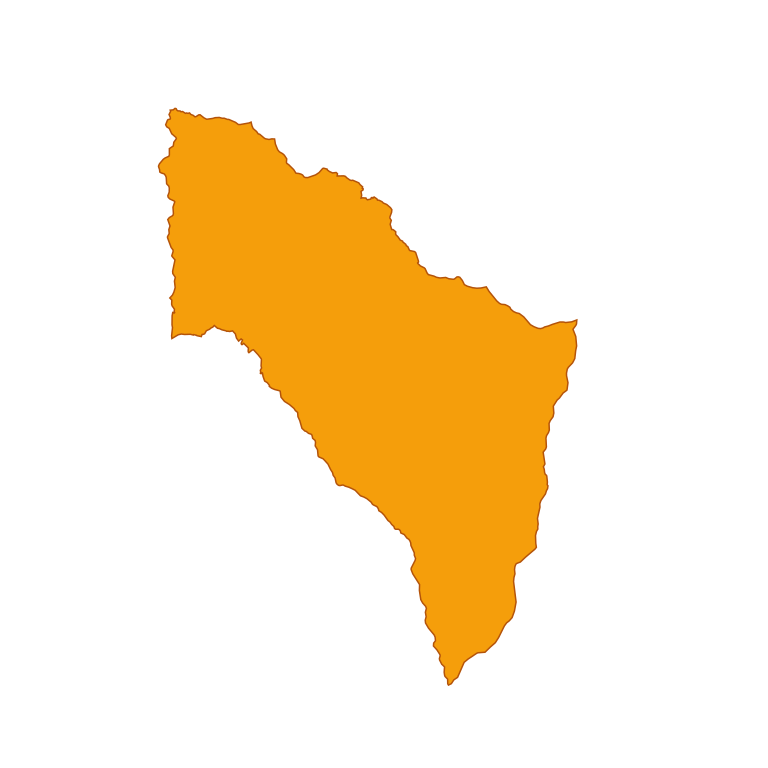 Hodac, Mures, Romania (orthographic projection), rotated 80°
{"feature_id": "2599482B70822434260809", "entity_name": "Hodac", "entity_type": "district", "adm_level": 2, "iso_a3": "ROU", "parent_name": "Romania", "parent_adm1": "Mures", "projection": "orthographic", "projection_center": [24.985, 46.821], "detail": "fine", "context": "isolated", "style": "filled", "palette": "amber", "viewbox_px": 768, "rotation_deg": 80, "n_neighbors": 0, "source": "geoboundaries", "source_scale": "gbopen_adm2", "svg_char_len": 6130}
<svg xmlns="http://www.w3.org/2000/svg" viewBox="0 0 768 768"><g transform="rotate(80 384 384)"><path d="M685.7,362.5L672.0,353.4L669.4,348.8L665.4,339.7L665.0,338.4L665.7,331.1L661.6,325.1L658.1,319.3L653.5,315.1L643.2,307.5L640.5,304.7L639.0,301.8L636.3,298.4L630.3,295.0L621.7,291.8L601.0,290.7L597.1,289.6L593.7,288.0L589.5,287.7L586.6,286.8L584.3,285.4L583.7,284.2L583.0,280.6L579.1,274.7L572.7,263.8L571.3,262.3L567.3,262.2L559.5,261.1L555.6,259.4L553.6,257.7L551.3,257.4L548.6,256.5L543.0,256.2L532.4,251.8L529.1,251.4L526.0,249.7L520.3,244.1L517.2,242.5L515.5,241.1L512.7,240.2L511.5,240.8L509.0,240.1L503.2,239.7L502.2,239.8L500.9,240.9L499.0,241.2L495.8,241.0L493.2,241.4L490.7,239.4L478.8,239.1L476.0,236.0L474.1,235.0L465.4,233.9L463.1,232.9L460.4,230.5L458.1,229.2L451.5,228.3L449.0,226.7L445.6,223.2L442.1,221.8L435.2,221.1L429.9,216.3L428.3,213.7L424.0,209.2L421.9,205.0L421.0,204.6L414.7,202.6L407.6,202.8L405.0,202.4L401.1,200.9L399.6,199.6L395.9,194.6L392.1,191.7L384.3,189.4L380.0,187.7L370.5,186.9L362.9,188.4L359.6,184.9L358.3,184.0L354.4,183.0L355.4,188.4L355.0,194.5L354.2,196.3L353.5,199.9L354.5,207.8L355.4,212.0L355.7,215.8L356.5,218.1L356.6,220.3L355.9,222.7L353.6,226.4L351.0,229.5L342.2,234.7L338.1,238.5L336.9,241.3L335.1,243.9L332.4,246.1L330.3,246.7L328.5,248.6L326.8,251.1L325.9,254.5L324.7,256.2L321.8,258.5L311.2,264.4L306.1,266.4L306.3,271.7L305.8,275.9L304.6,279.9L302.2,284.9L300.1,287.6L295.6,288.9L292.1,290.8L291.4,292.1L291.2,293.5L292.8,296.4L292.9,297.6L291.6,301.9L289.8,304.7L289.3,310.5L288.0,313.8L286.4,316.1L284.0,321.3L282.1,322.3L277.5,323.5L276.5,324.3L274.0,327.7L271.1,329.8L270.5,329.8L270.0,328.9L269.1,328.7L260.0,330.0L258.9,330.9L257.1,335.3L256.4,335.8L252.8,336.7L251.7,338.0L250.2,338.3L247.5,340.7L246.5,340.9L245.1,343.0L241.4,344.7L239.3,346.2L238.5,346.5L236.1,346.0L234.1,347.7L233.4,348.5L233.2,349.6L227.8,350.2L224.1,348.4L221.7,349.4L220.7,349.3L216.2,346.7L213.7,346.0L211.5,347.0L207.7,350.1L205.7,353.2L204.1,354.3L202.1,357.1L201.8,358.5L200.5,358.8L198.1,361.3L199.1,362.7L198.2,363.4L198.4,364.2L199.6,365.0L199.7,368.4L198.6,369.3L197.7,369.5L196.9,373.0L197.0,374.3L194.2,373.2L190.3,373.2L189.3,371.0L188.2,370.6L187.5,371.5L186.2,370.8L183.4,373.0L181.5,373.9L177.9,379.4L177.9,380.9L177.1,382.3L174.2,385.1L172.8,385.9L172.7,386.5L172.1,387.2L171.0,394.0L168.8,393.3L167.4,394.4L167.2,398.0L165.3,400.8L163.4,402.6L162.5,402.7L161.0,405.9L161.1,407.0L164.5,411.2L166.2,415.1L167.5,423.2L167.0,425.6L166.3,426.7L164.0,427.9L162.9,429.3L161.9,431.3L161.1,434.1L157.2,435.7L151.4,439.8L149.9,441.4L148.7,441.6L145.4,440.7L141.4,442.4L139.6,443.8L137.2,446.7L134.9,448.0L128.8,449.3L123.7,449.2L123.1,452.0L123.2,454.8L122.0,458.0L121.3,459.0L116.4,463.1L115.9,464.4L113.3,465.6L109.7,468.5L106.7,469.2L103.0,469.4L103.5,471.6L103.5,480.7L103.1,482.5L100.6,484.7L96.5,490.9L96.2,492.3L94.5,495.2L94.2,497.2L92.9,499.9L92.4,504.0L92.7,506.7L92.5,512.6L90.7,515.0L86.9,518.4L86.8,519.8L87.9,522.4L88.1,523.4L87.9,524.0L86.5,525.0L84.9,527.5L83.3,528.4L83.4,530.1L82.8,531.4L83.0,532.5L80.7,535.0L80.6,536.7L79.7,537.4L79.2,539.6L78.2,540.5L76.9,540.8L76.5,541.2L76.3,542.1L77.4,543.9L77.2,547.0L78.4,546.8L81.3,548.9L84.1,548.2L85.6,548.3L86.0,548.7L86.1,550.8L86.7,551.5L90.8,554.0L93.0,553.3L95.0,551.1L100.7,549.6L105.0,546.1L106.4,545.9L109.4,549.0L113.0,550.2L114.9,554.5L121.2,555.6L122.4,556.4L123.4,560.4L124.4,562.4L128.1,566.8L129.8,568.0L130.8,568.3L133.9,567.8L136.3,568.0L137.4,566.8L139.0,563.9L141.1,562.9L142.8,562.6L149.1,563.3L151.8,561.6L153.6,561.4L157.7,562.2L161.1,564.2L162.7,564.1L164.6,562.8L167.4,558.8L168.2,558.4L173.2,561.1L179.6,561.8L181.0,562.4L181.7,563.4L182.8,566.5L184.5,568.4L191.2,567.3L194.6,569.1L198.5,569.4L201.3,571.6L202.3,571.8L212.6,569.9L215.3,568.5L216.9,568.7L220.8,570.7L221.5,570.6L225.5,568.3L236.3,572.6L238.6,572.8L242.7,571.0L246.3,572.5L252.8,572.9L256.9,574.9L259.7,576.9L262.1,580.0L264.5,578.4L268.6,579.3L270.3,579.1L273.9,577.4L276.5,578.1L277.1,577.7L277.6,578.0L277.4,579.1L276.9,579.1L276.8,579.6L280.0,580.8L288.9,582.5L291.7,582.5L299.7,584.8L302.4,585.0L299.8,578.1L299.6,574.9L300.6,571.8L301.4,566.1L302.7,563.2L302.3,562.8L303.6,560.0L303.9,559.9L305.6,555.7L303.6,554.6L303.7,553.2L303.4,551.9L300.7,549.7L299.8,546.3L298.7,544.4L298.3,542.8L296.9,541.0L300.2,538.3L300.9,536.5L302.5,534.2L304.1,530.6L304.8,529.7L304.9,528.5L305.5,526.9L305.4,523.9L308.8,521.7L313.2,521.3L316.5,519.7L314.8,516.9L316.1,515.7L319.1,517.6L320.1,517.5L320.5,517.2L320.5,516.6L319.6,515.1L324.9,511.3L328.2,512.1L329.5,511.9L329.7,511.6L327.7,508.0L327.6,506.6L333.2,503.0L337.9,500.5L338.8,500.5L344.8,501.9L347.0,501.8L349.0,503.4L350.9,503.4L352.0,503.9L352.5,503.3L351.7,502.2L352.1,501.8L355.5,501.8L360.4,501.0L362.4,498.7L365.4,497.1L366.4,497.4L368.6,495.4L370.4,492.7L372.6,487.9L373.2,487.5L379.1,487.7L383.9,485.0L387.8,480.7L392.4,476.9L394.8,475.9L397.0,474.0L401.3,474.4L405.5,473.3L413.4,472.5L416.6,470.1L417.2,468.8L419.5,466.9L420.7,464.6L421.9,463.8L425.1,463.7L427.7,461.6L429.7,461.6L433.0,462.5L437.2,460.9L443.4,461.4L444.5,460.8L447.1,456.9L453.1,453.1L459.1,451.4L462.2,450.1L465.1,449.9L468.0,448.5L473.0,448.3L474.6,447.6L475.9,446.4L476.4,445.1L476.3,442.4L476.6,441.4L477.8,440.0L479.5,436.6L481.5,433.7L483.6,430.9L490.0,426.6L491.8,423.5L493.9,420.8L498.1,417.2L500.3,416.3L501.2,415.5L503.5,412.3L505.7,411.3L507.9,411.1L510.1,408.7L513.2,406.6L519.1,403.8L521.1,402.0L523.7,400.8L526.0,399.0L528.2,398.7L529.1,397.7L529.5,395.1L530.3,394.0L531.7,393.4L533.6,393.3L535.8,390.2L539.7,388.2L541.3,386.5L542.8,385.8L545.0,385.3L547.8,385.5L555.5,383.5L557.9,383.9L561.2,383.2L563.0,383.9L570.1,389.2L571.5,389.5L576.0,388.6L587.7,383.8L593.5,385.0L602.8,385.2L606.5,383.9L610.2,381.6L612.3,381.2L616.0,382.9L620.5,382.9L623.7,384.4L626.6,384.6L632.3,382.5L639.8,378.2L642.3,377.6L645.8,377.9L647.8,380.1L650.6,380.8L655.1,378.0L660.2,375.9L661.5,375.9L663.9,377.1L665.4,377.2L670.0,375.8L673.1,373.5L678.3,374.8L681.3,374.9L682.6,374.7L685.7,372.6L690.3,373.3L691.7,372.8L690.8,369.7L687.5,366.6L685.7,362.5Z" fill="#f59e0b" stroke="#b45309" stroke-width="1.5"/></g></svg>